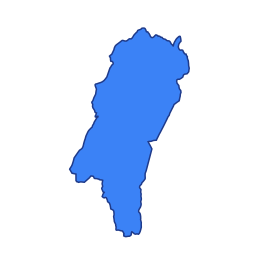 Kota Sawah Lunto, Sumatera Barat, Indonesia (Equal Earth projection), rotated 19°
{"feature_id": "22746128B93370341632229", "entity_name": "Kota Sawah Lunto", "entity_type": "district", "adm_level": 2, "iso_a3": "IDN", "parent_name": "Indonesia", "parent_adm1": "Sumatera Barat", "projection": "equal_earth", "projection_center": [100.756, -0.661], "detail": "fine", "context": "isolated", "style": "filled", "palette": "blue", "viewbox_px": 256, "rotation_deg": 19, "n_neighbors": 0, "source": "geoboundaries", "source_scale": "gbopen_adm2", "svg_char_len": 5517}
<svg xmlns="http://www.w3.org/2000/svg" viewBox="0 0 256 256"><g transform="rotate(19 128 128)"><path d="M156.2,38.4L156.2,38.5L155.7,38.1L154.8,37.1L154.7,36.9L154.4,36.7L153.5,36.7L152.8,37.1L152.5,37.2L152.1,37.4L151.4,37.2L150.7,36.8L150.2,36.4L149.8,35.9L149.3,35.2L149.2,35.0L149.1,34.9L149.0,34.2L148.9,33.5L148.8,33.1L148.8,32.3L148.8,31.8L148.8,31.6L149.1,30.7L149.1,30.4L149.2,30.2L149.3,29.8L149.6,29.3L149.8,29.0L149.8,28.7L149.7,28.4L149.4,27.6L149.1,27.1L148.9,26.6L148.7,26.3L148.4,25.7L147.9,25.0L147.6,24.5L147.4,24.4L146.9,24.5L146.6,24.7L146.2,25.2L145.8,25.9L145.3,26.8L145.1,27.2L144.7,28.2L144.6,28.6L144.3,29.8L144.3,30.3L144.1,30.9L144.0,31.5L143.9,32.3L143.9,33.6L143.9,34.3L144.0,34.9L144.1,35.4L144.1,35.6L143.9,35.7L142.5,34.8L141.8,34.5L141.3,34.3L140.7,33.7L140.4,33.3L140.0,33.0L139.3,32.5L138.8,32.4L138.4,32.3L138.0,32.4L137.1,32.6L136.3,32.6L136.0,32.6L135.7,32.5L135.2,32.2L134.7,32.0L134.2,32.0L133.8,32.0L133.2,32.1L132.6,32.1L132.0,32.0L131.5,31.8L131.2,31.6L130.9,31.4L130.4,31.2L129.8,31.4L129.3,31.5L129.2,31.5L129.1,31.4L128.7,31.2L128.3,31.0L127.6,31.0L127.4,31.1L127.1,31.2L126.9,31.3L126.9,31.2L126.6,31.2L126.2,31.0L125.9,30.9L125.2,30.9L124.4,30.8L123.9,31.0L123.3,32.1L123.2,32.3L123.2,32.5L122.9,33.0L122.8,33.3L122.6,33.6L122.5,33.8L122.2,34.1L121.7,34.5L121.4,34.7L121.1,34.7L120.7,34.7L120.3,34.6L120.1,34.5L119.7,34.3L119.4,34.1L119.0,33.7L118.7,33.4L118.5,33.1L118.1,32.7L117.8,32.5L117.5,32.2L117.2,31.9L115.9,31.2L115.6,30.8L115.4,30.7L115.2,30.7L114.4,31.0L114.2,31.0L113.9,30.8L113.7,30.5L113.4,30.1L113.2,29.9L113.0,29.6L112.6,29.2L112.3,28.9L112.1,28.7L111.6,28.4L111.3,28.3L110.9,28.3L110.6,28.3L110.0,28.5L109.7,28.6L108.9,29.0L108.5,29.3L108.4,29.5L108.3,30.0L107.7,30.7L107.5,30.9L107.4,31.0L106.4,31.7L106.3,31.8L106.1,32.0L105.7,32.3L105.4,32.7L105.4,33.4L105.3,33.9L105.2,34.4L104.9,34.8L104.7,35.2L104.6,35.4L104.4,35.9L104.2,36.4L103.9,36.9L103.6,37.6L103.5,37.8L103.4,38.4L103.2,38.8L103.1,40.0L102.8,40.7L102.7,41.3L102.5,41.8L102.1,42.5L101.7,42.8L101.3,42.9L101.2,42.9L100.6,43.1L100.2,43.3L99.9,43.7L99.8,43.8L99.5,44.4L99.1,45.0L98.7,45.7L98.4,45.9L98.2,46.2L97.4,46.6L96.9,46.7L96.6,46.8L95.9,46.8L95.6,46.8L95.2,46.8L94.5,46.9L94.2,47.0L93.9,47.2L93.8,47.3L93.1,48.4L91.1,51.4L89.8,53.3L89.2,54.8L89.0,56.8L89.2,58.5L89.0,60.4L88.8,62.2L88.6,63.7L87.8,64.8L87.1,66.0L87.4,66.6L88.3,67.0L88.6,67.5L89.4,69.5L90.1,70.5L91.2,70.2L92.1,70.6L93.0,71.6L92.9,72.9L92.1,74.0L92.0,75.3L91.4,77.2L91.4,80.4L91.4,84.1L91.4,86.6L90.7,88.8L89.9,90.9L88.7,92.6L87.6,93.7L86.3,94.7L85.3,95.4L84.4,96.2L83.1,97.0L82.8,97.6L83.2,98.7L85.5,101.5L85.8,103.4L86.2,105.5L86.4,106.6L85.9,110.5L85.9,111.0L85.9,113.6L85.4,115.1L85.4,115.4L85.8,116.1L86.9,117.0L87.0,117.7L87.3,118.5L87.4,119.1L88.3,120.4L90.0,121.7L90.7,122.3L91.7,123.8L92.5,124.1L93.3,124.0L93.4,125.5L93.3,126.6L93.1,127.5L93.6,128.2L94.1,128.1L94.9,127.1L95.7,126.7L96.0,127.2L95.1,128.4L95.2,128.6L94.1,133.7L94.2,135.1L93.7,137.0L93.8,138.8L93.0,140.2L91.9,142.6L91.4,144.2L90.9,148.8L90.9,150.1L91.1,152.9L91.0,153.3L91.2,157.2L91.3,157.8L91.5,160.2L91.2,162.3L90.2,163.8L89.4,164.8L88.7,167.1L86.8,173.8L87.1,177.1L87.2,180.8L87.0,182.5L86.3,185.4L86.4,185.5L86.3,186.0L89.8,189.0L93.8,188.5L96.0,194.8L96.4,194.9L96.5,195.0L97.2,195.5L97.8,195.3L98.8,195.5L100.9,194.3L104.4,193.5L107.5,188.1L108.6,185.4L110.0,185.1L111.0,185.0L112.6,186.6L113.7,186.4L115.1,186.0L116.1,186.0L117.2,185.8L117.6,186.1L118.5,186.1L119.6,185.8L120.5,185.7L121.1,185.7L121.7,189.3L122.5,190.4L123.1,191.8L122.8,193.0L122.9,193.9L125.3,196.6L126.4,196.6L125.9,198.7L125.9,201.2L127.3,201.8L128.3,201.8L129.3,201.0L130.3,201.1L131.9,202.9L132.7,204.3L134.9,205.1L136.2,206.7L137.5,209.0L138.0,210.1L140.4,210.4L141.6,211.2L142.5,213.1L143.1,214.7L143.2,216.3L144.5,218.7L145.6,221.0L147.7,223.1L148.3,224.6L148.8,225.0L149.1,225.9L149.6,227.8L150.2,228.4L152.2,227.6L154.3,227.5L156.4,227.2L158.6,229.2L158.5,229.8L158.8,230.2L158.9,230.3L159.1,231.4L160.0,231.4L160.6,231.6L161.8,231.2L162.9,230.6L163.7,230.2L164.7,229.8L165.4,228.9L165.8,228.0L165.5,226.8L165.3,225.4L165.4,224.9L165.8,224.9L166.6,225.3L167.5,225.5L168.2,225.9L169.3,226.0L170.0,225.8L170.8,225.2L172.5,225.0L173.0,223.9L173.2,221.8L173.1,219.9L172.9,217.5L171.9,214.9L171.4,213.2L170.6,211.9L169.7,210.5L169.5,209.5L168.7,207.4L167.8,205.7L167.0,204.7L165.8,204.1L165.2,203.4L164.9,202.3L165.1,200.7L165.5,198.9L165.5,197.1L165.2,195.6L164.0,193.5L163.8,191.0L163.4,190.0L162.4,188.2L162.1,186.8L161.8,185.9L160.9,184.6L160.6,183.3L160.3,182.0L160.0,181.7L158.8,181.0L158.2,180.3L158.0,179.1L158.4,177.9L158.8,177.4L159.0,176.6L159.0,175.1L159.7,173.7L160.1,172.6L160.4,171.7L160.7,170.8L160.6,169.8L160.2,168.8L159.7,167.6L159.0,165.3L159.1,162.6L157.4,140.0L154.5,137.2L153.0,135.9L151.9,134.8L151.7,134.6L151.5,134.4L151.8,134.2L152.1,133.9L152.6,133.7L154.1,133.1L156.3,131.4L158.8,130.3L158.9,128.8L159.2,126.7L159.6,123.4L159.9,121.9L160.3,119.1L160.9,115.1L161.8,108.2L162.2,104.5L162.8,102.6L162.7,100.6L163.2,96.8L163.8,92.5L163.9,90.8L164.0,90.5L164.4,90.1L165.9,87.8L167.6,85.5L167.3,84.7L167.4,84.3L167.2,83.2L167.0,81.0L166.5,79.0L166.5,77.0L165.6,75.3L164.1,74.5L163.3,73.4L162.2,71.3L159.8,69.7L158.7,67.8L158.6,66.4L159.4,65.6L160.8,65.2L162.0,63.8L163.2,62.1L163.2,59.7L164.0,58.7L166.2,57.5L166.7,56.2L167.1,55.0L166.9,54.2L166.4,51.5L165.1,49.4L164.3,47.4L163.1,44.8L161.8,43.3L160.8,41.5L160.9,41.3L160.8,41.2L159.0,39.8L159.0,39.3L157.4,39.4L156.2,38.4Z" fill="#3b82f6" stroke="#1e3a8a" stroke-width="1.5"/></g></svg>